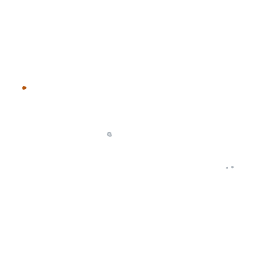 Kosrae highlighted on a map of Federated States of Micronesia, rotated 190°
{"feature_id": "FSM-4944", "entity_name": "Kosrae", "entity_type": "state/province", "adm_level": 1, "iso_a3": "FSM", "parent_name": "Federated States of Micronesia", "parent_adm1": "", "projection": "orthographic", "projection_center": [162.997, 5.325], "detail": "fine", "context": "in_parent", "style": "filled", "palette": "amber", "viewbox_px": 256, "rotation_deg": 190, "n_neighbors": 0, "source": "natural_earth", "source_scale": "10m", "svg_char_len": 923}
<svg xmlns="http://www.w3.org/2000/svg" viewBox="0 0 256 256"><g transform="rotate(190 128 128)"><path d="M146.8,119.9L145.6,120.4L144.2,120.1L143.8,118.6L143.2,118.1L143.3,117.3L144.3,116.7L146.4,117.2L147.2,118.4L146.7,119.1L146.8,119.9ZM19.1,107.9L18.9,108.1L17.7,108.0L17.6,107.8L17.7,107.7L18.2,107.6L18.3,107.3L18.0,107.2L18.3,107.0L18.7,107.0L19.0,107.2L19.1,107.5L19.1,107.9ZM237.2,149.3L237.4,150.3L236.2,149.8L236.0,149.5L236.7,149.1L237.2,149.3ZM23.5,106.3L23.2,106.4L23.1,105.8L23.2,105.6L23.6,105.6L24.1,105.7L24.1,105.9L23.5,106.3Z" fill="#d9dde1" stroke="#a8b0b8" stroke-width="1"/><path d="M238.0,149.0L238.4,149.2L238.4,149.4L238.4,149.6L238.0,150.2L237.9,150.4L237.6,150.4L237.4,150.4L237.2,150.3L236.9,150.2L236.5,150.2L236.2,150.2L235.9,150.1L235.8,149.7L236.0,149.4L237.0,148.6L237.3,148.4L237.7,148.3L238.0,148.5L238.0,148.9L238.0,149.0Z" fill="#f59e0b" stroke="#b45309" stroke-width="1.5"/></g></svg>